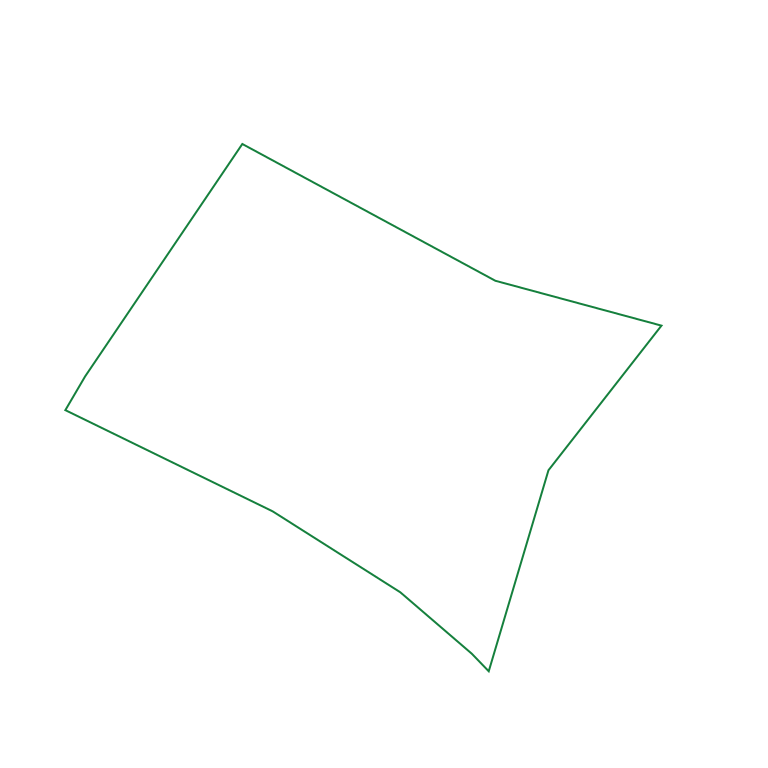 Mubarak Al-Kabeer, Albers equal-area conic projection, rotated 128°
{"feature_id": "KWT-1666", "entity_name": "Mubarak Al-Kabeer", "entity_type": "Province", "adm_level": 1, "iso_a3": "KWT", "parent_name": "Kuwait", "parent_adm1": "", "projection": "albers", "projection_center": [48.072, 29.26], "detail": "fine", "context": "isolated", "style": "outline", "palette": "green", "viewbox_px": 768, "rotation_deg": 128, "n_neighbors": 0, "source": "natural_earth", "source_scale": "10m", "svg_char_len": 298}
<svg xmlns="http://www.w3.org/2000/svg" viewBox="0 0 768 768"><g transform="rotate(128 384 384)"><path d="M545.9,124.6L542.5,148.7L538.1,242.9L552.9,393.3L600.8,619.0L562.0,624.2L282.1,643.4L234.1,359.8L167.2,201.3L350.7,201.3L545.9,124.6Z" fill="none" stroke="#15803d" stroke-width="2"/></g></svg>